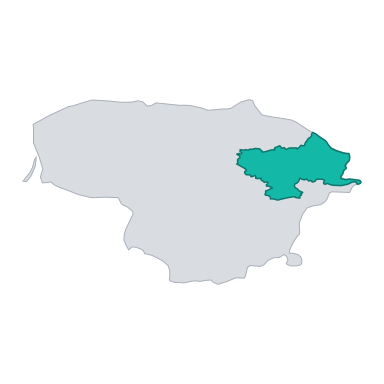 Utenos on a map of Lithuania (Robinson projection)
{"feature_id": "LTU-1074", "entity_name": "Utenos", "entity_type": "County", "adm_level": 1, "iso_a3": "LTU", "parent_name": "Lithuania", "parent_adm1": "", "projection": "robinson", "projection_center": [25.525, 55.493], "detail": "fine", "context": "in_parent", "style": "filled", "palette": "teal", "viewbox_px": 384, "rotation_deg": 0, "n_neighbors": 0, "source": "natural_earth", "source_scale": "10m", "svg_char_len": 5971}
<svg xmlns="http://www.w3.org/2000/svg" viewBox="0 0 384 384"><path d="M128.7,249.8L126.4,246.1L123.9,239.6L124.3,234.4L125.8,229.3L133.1,213.9L132.7,211.5L127.7,207.2L121.5,204.1L118.2,197.6L105.5,197.2L93.6,197.6L89.8,197.3L78.5,194.6L67.6,190.3L60.4,187.8L54.3,184.9L51.0,181.9L45.8,182.7L42.2,182.8L42.3,182.3L40.4,177.0L42.8,168.9L39.3,157.2L33.5,143.0L33.5,127.8L33.2,124.4L48.7,115.8L68.2,106.7L72.6,105.9L90.4,100.4L92.8,100.0L108.7,101.0L121.3,102.3L131.8,102.1L137.7,100.8L142.9,101.9L147.1,106.0L151.4,105.5L155.8,102.9L179.4,105.3L184.7,105.2L190.7,105.6L201.8,108.1L208.2,110.3L222.2,109.0L228.2,108.9L231.4,108.0L241.1,101.9L245.3,100.8L249.1,99.7L252.6,100.6L254.9,105.9L262.0,115.0L269.8,116.5L291.4,120.0L295.8,121.9L307.9,129.9L315.2,133.8L319.8,136.9L326.9,143.1L331.0,147.5L337.9,150.9L346.0,153.2L348.9,153.6L348.8,156.8L347.4,162.3L344.8,169.4L341.9,175.0L341.3,177.1L343.4,178.9L354.1,179.7L358.6,180.7L359.5,182.1L357.2,184.0L353.8,185.6L352.3,187.1L349.6,192.5L331.9,191.8L329.5,192.9L328.4,195.4L327.5,198.3L325.2,201.7L320.5,204.7L313.1,205.8L307.1,207.9L302.6,214.3L299.3,222.9L299.4,229.0L299.8,232.4L299.4,234.3L297.1,236.5L293.4,242.1L290.4,248.3L289.2,251.6L289.8,253.2L293.2,253.3L298.1,254.5L300.8,257.0L301.8,259.9L301.8,263.0L300.9,264.7L296.9,265.9L290.7,265.9L287.1,264.5L286.3,263.3L288.0,260.3L286.8,256.6L284.2,254.5L279.0,257.6L274.0,257.6L267.9,260.4L264.0,264.8L260.2,266.4L250.0,265.5L247.5,267.5L245.3,276.5L244.1,278.2L235.6,277.8L227.3,281.4L218.0,284.3L213.3,282.3L210.7,280.0L205.6,280.4L200.1,281.4L196.4,280.9L192.2,281.1L184.2,282.9L174.1,282.3L169.8,280.8L169.4,279.4L169.8,275.9L169.7,270.5L168.2,265.7L163.4,261.4L158.4,258.5L152.0,255.4L147.2,254.1L144.6,253.7L144.0,251.9L143.1,250.4L140.9,249.1L136.1,247.3L132.1,246.9L128.7,249.8ZM26.3,181.7L23.0,181.1L29.8,172.8L32.5,167.4L34.5,159.7L36.1,157.2L36.0,160.8L35.2,166.6L30.7,176.5L26.3,181.7Z" fill="#d9dde1" stroke="#a8b0b8" stroke-width="1"/><path d="M348.9,153.6L349.5,155.3L349.7,157.3L349.6,159.2L349.1,160.8L348.0,162.0L346.6,163.2L345.5,164.5L345.2,166.3L346.3,167.8L346.1,168.6L344.1,170.1L343.6,170.9L342.9,173.6L342.5,174.3L341.1,176.1L340.6,177.5L340.9,178.2L341.8,178.7L345.2,179.6L346.1,179.6L349.6,179.0L359.1,180.2L360.4,180.9L361.0,182.1L360.3,183.3L359.0,184.0L357.5,184.3L357.3,184.0L356.1,182.4L355.6,182.1L354.8,181.8L354.0,181.8L351.4,182.4L350.8,182.7L350.5,183.0L347.6,184.3L341.2,185.6L333.5,185.3L330.6,184.8L328.6,183.9L327.5,183.6L326.8,183.6L326.3,183.8L325.7,184.1L324.7,184.2L324.0,183.9L323.6,183.2L323.6,182.5L324.0,181.8L324.4,181.3L324.5,180.8L324.1,180.2L323.3,179.7L321.8,179.2L321.0,179.1L317.4,179.2L317.2,179.2L316.9,179.3L316.5,179.5L316.1,179.7L315.9,180.0L315.5,180.6L315.4,180.9L315.0,181.2L314.5,181.5L313.7,181.8L312.7,182.0L312.1,181.9L311.8,181.6L311.7,181.3L311.6,181.0L311.1,180.7L310.8,180.6L309.1,180.9L308.4,180.8L307.9,180.4L307.3,179.6L306.7,179.0L304.5,179.9L302.4,179.4L299.9,178.2L298.7,181.1L298.4,181.7L296.7,183.2L295.0,183.9L294.7,184.3L294.6,184.8L294.4,185.9L294.6,186.6L294.8,187.1L295.7,187.9L297.4,189.0L297.8,189.4L298.1,189.8L299.0,190.7L299.6,191.1L300.7,191.5L301.2,191.8L301.7,192.0L302.3,192.1L302.6,192.5L302.4,192.9L301.0,193.7L300.8,194.1L300.9,194.5L301.3,194.7L301.5,194.9L301.3,195.2L300.8,195.6L299.7,196.3L299.6,196.9L299.7,197.4L300.0,197.8L299.7,198.0L298.9,198.0L295.8,197.6L295.3,197.4L295.2,197.1L295.0,196.8L293.2,196.8L287.2,197.8L279.4,199.6L278.7,199.9L277.8,200.0L276.9,199.9L273.3,198.9L270.5,198.9L270.2,197.2L270.0,196.9L269.7,196.4L268.7,195.8L267.9,195.5L265.6,195.1L265.2,194.8L265.0,194.4L265.3,193.6L265.7,192.5L265.6,191.0L267.5,190.4L268.0,190.2L268.9,189.7L269.9,189.2L270.5,188.6L271.0,188.4L271.7,188.3L272.2,188.1L272.3,187.8L271.5,187.3L268.7,186.2L268.0,186.1L267.5,186.2L266.9,186.2L266.5,185.9L266.3,185.0L266.6,184.6L267.5,183.8L267.7,183.4L268.0,182.9L267.9,182.5L267.6,182.2L266.7,182.0L265.9,182.1L265.2,182.3L264.7,182.4L264.1,182.2L263.4,181.4L261.8,180.5L261.3,180.1L261.0,179.8L261.2,178.4L256.8,178.6L256.3,178.5L255.7,178.3L255.7,178.0L255.8,177.5L255.8,176.9L255.7,176.3L255.5,175.8L255.2,175.6L254.8,175.7L252.5,176.5L251.4,176.7L250.9,176.6L250.7,176.4L250.8,175.9L250.8,175.4L250.5,175.0L249.9,174.9L247.2,174.8L246.2,174.6L245.5,174.2L245.2,173.7L244.9,173.3L244.7,172.8L244.7,172.4L244.7,171.9L244.9,171.5L245.3,171.2L246.1,170.8L246.4,170.6L246.4,170.2L246.0,169.5L244.7,168.4L236.8,164.0L237.9,162.7L237.9,162.2L237.7,162.0L237.6,161.7L237.6,161.4L237.5,160.2L237.7,159.6L238.2,158.9L238.7,158.5L239.8,157.9L240.0,157.6L240.0,157.1L239.6,156.2L239.0,155.5L238.4,155.1L237.6,154.8L237.1,154.5L236.9,154.2L237.3,153.9L239.0,153.5L239.4,153.7L239.8,154.0L240.4,154.2L241.1,154.1L241.5,153.7L241.8,153.2L241.8,152.9L241.5,152.5L240.3,151.8L240.0,151.5L240.2,150.9L240.3,150.6L240.2,149.7L244.0,150.1L244.6,150.0L245.5,149.7L246.2,149.7L247.8,150.2L248.3,150.2L248.8,150.0L249.0,149.7L249.5,149.3L250.0,149.2L251.8,149.3L252.6,149.2L253.7,148.8L255.4,148.5L259.0,148.7L259.2,148.8L260.0,149.2L260.2,149.4L260.6,149.9L261.0,150.2L261.8,150.7L262.0,151.0L261.8,151.7L261.9,151.9L262.4,152.0L263.3,152.0L264.9,151.8L271.5,149.9L271.9,149.9L272.6,149.8L273.8,150.1L274.3,150.2L274.7,150.0L274.7,149.5L274.4,148.4L274.8,147.9L275.2,147.6L279.6,145.8L280.7,146.6L280.9,147.1L281.3,147.9L281.7,148.2L282.0,148.4L282.4,148.3L283.0,147.9L283.4,147.7L284.0,147.6L284.5,147.9L284.7,148.3L285.8,149.4L288.1,148.6L289.0,148.1L289.8,148.0L295.9,147.9L296.6,148.0L296.8,148.1L297.0,148.4L297.0,148.6L297.2,149.0L299.3,147.2L299.7,146.8L300.6,145.6L301.1,145.3L301.5,145.4L302.6,145.7L303.7,145.8L304.1,145.7L304.4,145.3L305.3,143.0L305.8,142.0L307.3,140.3L307.6,139.5L308.0,138.9L308.7,138.2L309.9,137.6L310.5,137.1L311.2,136.4L311.5,136.0L311.6,135.2L311.6,133.9L312.7,132.5L315.9,134.0L319.5,136.8L325.1,140.4L326.6,142.0L327.9,144.2L330.9,148.1L334.5,150.0L342.5,152.8L345.7,153.4L348.9,153.6Z" fill="#14b8a6" stroke="#0f766e" stroke-width="1.5"/></svg>